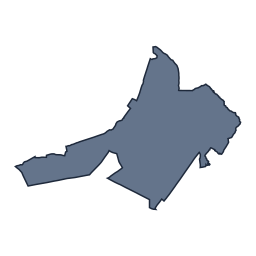 the district of Baldovinesti, Olt, Romania
{"feature_id": "2599482B50421105571388", "entity_name": "Baldovinesti", "entity_type": "district", "adm_level": 2, "iso_a3": "ROU", "parent_name": "Romania", "parent_adm1": "Olt", "projection": "mercator", "projection_center": [24.058, 44.394], "detail": "fine", "context": "isolated", "style": "filled", "palette": "slate", "viewbox_px": 256, "rotation_deg": 0, "n_neighbors": 0, "source": "geoboundaries", "source_scale": "gbopen_adm2", "svg_char_len": 5778}
<svg xmlns="http://www.w3.org/2000/svg" viewBox="0 0 256 256"><path d="M155.8,209.4L155.2,208.6L155.2,208.3L155.5,207.5L156.0,206.8L157.0,205.2L159.8,201.7L160.4,200.9L161.7,199.1L162.5,199.7L164.0,201.0L166.4,198.1L167.1,197.1L169.0,194.7L174.9,186.5L176.1,184.7L180.3,178.9L184.1,173.4L192.2,161.8L193.2,160.2L195.3,157.3L199.2,152.4L199.7,153.1L200.1,154.0L200.3,154.5L200.4,154.8L200.4,155.0L200.3,155.6L200.3,156.7L200.1,157.4L200.1,157.9L200.0,158.2L199.6,158.8L199.5,159.3L199.8,160.8L200.0,162.6L200.3,164.5L200.3,166.8L200.2,167.5L202.9,167.1L204.6,166.7L205.3,166.6L205.6,166.3L205.8,165.9L206.0,164.8L206.4,165.5L207.7,165.2L208.2,165.1L208.4,165.0L209.3,165.1L209.5,164.9L209.4,164.6L209.5,164.5L209.8,164.4L209.6,163.9L209.3,163.6L208.7,163.6L208.2,163.7L207.9,163.7L207.8,163.3L207.8,163.2L208.1,162.7L208.4,162.3L208.6,161.6L208.3,161.1L208.2,161.0L207.5,160.8L207.1,160.4L207.1,160.2L206.9,159.7L206.8,159.1L206.2,158.6L206.1,158.4L205.8,157.1L205.5,156.7L205.1,156.2L204.9,155.9L205.0,155.4L205.3,154.8L206.5,153.3L208.0,151.7L208.4,151.2L209.1,150.1L209.2,149.9L209.8,149.8L209.9,149.5L209.9,149.1L210.0,148.9L210.2,148.4L210.7,147.8L211.0,147.8L214.9,149.8L215.0,150.0L214.7,150.3L214.7,150.5L217.0,151.9L217.7,152.6L218.0,153.3L219.1,154.1L219.7,153.3L220.5,153.7L221.0,154.3L221.7,154.1L222.8,152.5L223.3,151.8L223.5,151.3L223.7,150.4L223.8,150.1L225.9,147.0L227.9,143.6L228.6,142.2L228.6,141.9L228.4,141.4L228.3,141.0L228.3,139.8L228.0,138.6L231.5,137.5L231.8,137.2L233.0,135.2L233.2,134.7L233.4,134.4L234.8,132.9L235.0,132.6L235.1,132.4L235.2,131.8L235.6,130.9L236.0,130.4L236.0,130.1L235.8,129.5L235.7,128.7L236.1,127.6L236.5,127.1L237.1,126.8L238.3,125.9L238.7,125.5L239.3,124.6L240.0,124.1L240.2,123.3L240.5,122.6L240.6,122.2L240.1,121.8L239.6,121.4L239.5,120.7L239.7,119.9L239.6,119.7L239.5,119.3L239.1,118.7L239.0,118.2L238.8,118.1L238.7,117.9L238.8,117.4L238.7,117.3L238.6,117.1L236.7,116.0L236.4,115.7L236.0,115.1L235.7,114.8L235.6,114.5L235.8,114.0L235.7,113.8L235.5,113.6L235.5,113.1L235.4,112.7L235.1,112.6L233.5,112.6L233.2,112.4L232.1,111.9L231.7,111.4L231.1,111.1L230.8,111.0L230.3,111.0L230.1,111.0L229.1,110.0L228.4,109.6L228.3,109.2L228.2,109.1L227.9,108.9L227.3,107.8L227.1,107.6L226.5,107.4L226.1,107.1L225.9,106.6L225.7,106.0L225.6,105.9L224.6,105.5L224.2,105.1L224.1,104.9L224.1,104.7L224.2,104.1L224.1,103.8L224.2,103.3L224.2,103.1L224.0,102.4L224.2,101.6L224.1,101.4L223.6,101.1L223.4,100.6L222.8,100.0L222.4,99.9L222.1,99.6L221.7,99.5L221.2,99.0L220.3,98.3L220.0,98.0L219.8,97.6L219.7,97.5L219.5,97.3L219.5,97.2L219.2,97.2L218.8,96.8L218.7,96.5L218.5,96.3L218.5,96.1L218.4,96.0L217.3,95.0L216.9,94.4L216.1,94.0L215.5,94.0L214.4,92.8L214.2,92.3L214.1,92.2L213.6,92.4L213.4,92.2L213.4,91.9L213.8,91.6L213.9,91.3L213.9,91.2L213.6,90.8L213.0,90.7L212.9,90.8L212.8,91.0L212.7,91.0L212.2,90.3L212.0,89.8L211.1,88.7L210.8,88.8L210.7,88.8L210.6,88.7L210.3,87.7L210.1,87.5L209.2,86.5L208.2,86.1L208.0,85.9L207.6,85.4L206.9,85.2L206.4,84.8L205.9,84.2L205.7,84.2L205.3,84.4L204.5,85.1L204.0,85.3L203.7,85.3L203.4,85.6L202.9,85.7L201.8,85.6L201.3,85.8L201.0,86.2L200.7,86.4L200.2,86.6L200.0,86.9L199.4,87.1L198.4,87.7L198.2,87.8L195.3,88.5L193.8,89.8L193.3,89.9L192.6,90.4L192.5,90.6L179.5,90.5L178.7,90.4L178.8,89.7L179.0,88.9L179.1,88.2L179.0,87.7L178.6,85.9L178.5,85.4L178.8,84.2L179.0,83.0L178.8,80.3L179.0,78.6L179.0,77.8L178.9,76.1L178.8,75.7L178.8,73.3L178.7,72.5L178.1,68.6L176.9,65.5L176.0,64.5L174.8,63.3L174.2,62.4L173.3,61.3L172.9,60.4L172.5,60.2L171.2,59.8L170.8,59.5L168.1,56.5L167.5,55.4L167.2,55.1L165.5,54.0L164.1,53.4L163.3,52.9L162.8,52.5L160.5,50.0L156.7,47.1L155.9,46.8L155.7,46.6L153.0,47.0L153.3,52.5L153.8,53.1L154.2,53.4L154.8,53.6L155.4,54.0L156.8,55.5L157.2,55.9L157.0,56.5L156.9,57.5L156.8,57.8L155.2,58.6L154.4,58.7L152.8,58.9L152.6,59.1L152.3,59.4L151.7,59.4L151.2,59.2L150.3,58.7L147.5,67.2L147.3,68.0L144.3,77.2L143.9,78.6L143.5,79.9L143.4,80.3L143.5,81.5L143.1,83.3L143.0,83.8L142.4,84.6L141.8,85.9L141.1,88.0L140.7,89.4L139.6,93.1L137.9,97.6L136.6,100.7L135.4,100.0L134.7,99.6L132.3,98.7L127.6,105.8L130.0,108.0L130.5,108.4L128.3,111.2L125.9,114.5L124.3,116.7L123.6,117.8L123.8,118.0L122.6,119.0L122.1,120.0L121.8,120.3L120.9,120.5L120.6,120.7L119.6,120.8L118.2,121.4L117.1,122.0L116.8,122.4L116.5,122.9L116.1,123.5L115.8,124.2L115.5,125.4L115.2,125.8L114.0,127.6L113.6,128.1L113.4,128.7L113.2,128.9L112.4,129.3L111.6,129.8L111.2,130.0L110.7,130.0L109.8,129.8L109.6,129.8L107.0,131.4L106.1,132.3L104.6,133.4L103.3,134.0L102.1,134.3L98.6,135.5L96.6,136.2L94.1,137.1L79.3,141.9L78.0,142.5L77.0,142.7L72.9,144.4L72.0,144.5L71.3,144.8L69.9,145.6L69.6,145.7L69.0,145.7L68.4,145.7L66.4,146.4L66.0,146.4L66.7,149.7L66.9,151.4L65.9,151.8L65.6,152.1L64.9,154.8L64.7,155.7L63.1,155.5L61.1,154.9L60.3,154.8L56.6,154.7L55.7,154.6L54.1,153.9L53.1,153.9L51.8,153.9L50.6,154.1L46.5,155.3L46.4,157.3L41.8,157.2L41.3,157.3L39.3,157.7L38.2,157.7L35.1,157.6L35.0,156.6L26.9,161.2L24.9,161.7L24.3,162.0L23.8,162.5L23.4,163.0L22.7,164.3L22.3,164.7L21.9,164.8L20.7,164.7L20.3,164.8L19.0,165.4L16.9,165.8L15.4,166.5L16.4,167.4L19.1,169.5L21.8,172.5L23.2,175.8L28.1,186.0L35.7,184.5L47.2,182.5L54.0,181.1L58.1,180.4L67.0,178.5L75.0,177.5L87.1,175.2L89.5,174.8L91.4,172.6L98.7,165.1L100.6,163.0L101.5,161.9L102.2,160.9L104.6,157.4L108.1,152.6L108.5,151.9L109.1,150.6L110.6,151.6L112.6,152.5L114.7,153.1L116.7,153.6L116.7,153.9L117.0,154.4L117.3,155.6L117.9,157.7L118.3,159.3L119.0,161.8L120.0,163.6L121.3,165.7L122.4,167.7L121.7,168.4L117.5,171.5L115.3,172.8L110.7,176.1L109.6,177.1L108.3,177.9L107.5,178.2L110.4,179.8L115.1,182.3L118.9,184.1L119.3,184.2L120.2,184.6L125.5,187.4L133.3,191.3L149.5,199.6L149.5,207.6L150.6,208.1L151.4,208.6L153.4,209.2L154.9,209.3L155.8,209.4Z" fill="#64748b" stroke="#1e293b" stroke-width="1.5"/></svg>